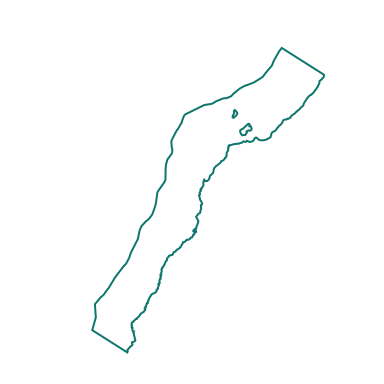 outline of Lago Niassa, Niassa, Mozambique, rotated 33°
{"feature_id": "85939544B11916103118899", "entity_name": "Lago Niassa", "entity_type": "district", "adm_level": 2, "iso_a3": "MOZ", "parent_name": "Mozambique", "parent_adm1": "Niassa", "projection": "robinson", "projection_center": [34.718, -12.529], "detail": "fine", "context": "isolated", "style": "outline", "palette": "teal", "viewbox_px": 384, "rotation_deg": 33, "n_neighbors": 0, "source": "geoboundaries", "source_scale": "gbopen_adm2", "svg_char_len": 6044}
<svg xmlns="http://www.w3.org/2000/svg" viewBox="0 0 384 384"><g transform="rotate(33 192 192)"><path d="M215.8,293.4L215.5,293.1L215.6,292.7L216.0,292.3L216.0,291.3L215.5,290.8L215.1,289.2L215.2,288.6L214.8,287.9L214.7,287.5L214.3,287.3L214.0,287.4L214.1,286.6L214.5,286.6L214.5,286.0L214.4,285.6L213.6,285.3L213.4,284.5L212.8,283.6L212.5,282.7L212.9,282.3L212.9,281.7L212.2,281.2L212.2,280.8L211.8,280.0L211.7,279.1L211.2,279.4L210.5,278.6L210.6,277.1L210.5,276.7L210.1,276.4L209.9,275.2L209.3,274.2L208.6,273.8L208.5,273.4L208.7,272.6L208.3,271.8L208.2,271.1L208.6,270.5L208.7,270.0L208.3,269.2L208.3,268.7L208.5,268.4L208.3,267.8L208.3,267.1L208.1,266.8L208.1,265.8L207.8,264.9L207.8,264.1L208.2,263.0L208.1,262.6L207.4,262.0L207.2,261.1L207.5,260.3L207.6,259.5L207.4,258.9L207.4,258.3L208.1,257.4L208.3,256.7L209.5,255.9L209.8,255.3L209.9,254.8L209.5,253.9L209.5,252.3L210.6,250.9L210.5,249.8L210.7,249.6L210.8,248.5L211.8,246.8L212.2,245.7L212.0,245.0L212.4,244.1L212.1,241.2L212.3,240.4L212.0,239.8L212.2,239.3L212.0,239.0L212.4,238.9L213.3,237.1L213.4,236.8L213.2,236.0L213.7,235.2L213.8,234.6L214.5,234.5L215.3,233.5L215.8,232.4L215.8,231.1L216.7,230.0L216.6,227.7L216.4,227.3L216.7,227.2L216.9,226.9L216.5,225.2L216.8,224.7L216.8,224.3L217.2,223.2L216.6,222.5L215.9,222.4L215.7,222.8L215.6,223.9L215.4,224.1L215.1,224.0L214.5,224.2L214.1,223.2L214.3,222.5L214.6,222.7L214.5,221.5L214.7,221.2L215.3,221.1L215.4,220.5L215.1,219.5L214.8,219.2L213.7,213.9L213.0,212.8L209.0,210.6L209.0,209.4L209.3,208.5L209.0,207.3L210.0,205.6L210.1,205.0L209.8,203.9L209.4,203.6L208.8,201.1L207.7,199.7L207.7,199.3L206.8,198.6L206.6,197.8L206.9,197.4L207.0,196.6L206.8,196.2L204.8,194.8L203.2,194.2L201.6,192.6L199.8,191.2L199.6,190.0L199.7,189.8L200.0,189.9L200.1,189.6L198.6,188.2L198.8,186.4L198.3,186.1L197.6,184.8L197.9,183.7L197.9,184.4L198.3,184.7L197.9,182.6L198.1,182.1L197.9,180.2L197.4,179.3L196.4,178.1L196.0,176.6L195.5,175.7L195.5,175.0L196.9,175.6L197.3,175.6L198.1,175.1L198.8,174.2L199.3,172.7L199.3,172.0L199.0,171.1L198.9,170.2L198.3,169.0L198.3,168.3L198.8,167.0L198.8,166.4L199.3,165.0L198.7,162.8L198.0,161.3L197.7,159.6L198.0,157.4L200.0,151.9L199.9,151.3L199.6,150.8L199.8,150.0L200.6,149.2L201.1,147.8L201.3,146.7L201.0,145.6L201.5,145.1L201.5,144.8L201.4,144.4L201.5,143.5L201.1,142.5L200.7,142.1L200.6,141.5L199.7,140.1L199.7,138.2L199.2,136.4L198.8,136.2L198.8,135.9L198.2,135.1L198.0,134.5L198.2,134.2L198.3,133.4L197.6,133.1L197.9,132.6L197.9,132.3L199.0,131.5L201.3,128.8L203.1,127.5L203.6,126.7L205.0,126.0L206.0,124.3L206.7,123.9L207.0,123.5L207.4,121.6L209.4,121.0L209.9,120.4L210.1,119.2L213.0,118.7L214.7,117.1L215.4,115.9L215.5,114.1L215.4,112.4L216.0,111.5L216.4,111.3L217.5,111.4L218.4,111.7L220.0,111.7L221.5,111.2L223.1,110.2L224.5,109.0L225.7,107.6L226.4,106.5L227.9,103.5L227.9,102.8L227.6,101.6L226.8,99.8L226.7,98.4L227.2,97.4L227.9,96.5L228.7,94.3L228.5,92.4L229.0,90.6L228.9,89.6L229.1,88.7L229.6,87.8L229.9,85.5L229.9,84.3L229.5,82.5L229.5,82.0L230.4,80.7L231.5,79.9L232.0,79.3L232.0,78.6L232.5,78.5L233.0,78.0L233.7,76.6L233.8,76.0L234.0,75.9L233.7,75.3L234.2,73.0L235.4,70.3L235.8,67.9L236.0,67.3L236.2,67.2L236.2,66.6L236.6,65.3L236.8,65.1L237.2,63.0L237.3,61.7L237.6,61.1L238.2,59.0L237.6,56.9L237.5,54.5L237.6,53.1L237.4,51.2L237.6,50.6L237.7,48.8L238.1,47.7L238.2,46.7L238.8,46.0L239.3,44.9L239.2,43.9L239.7,43.1L239.8,41.5L239.7,41.1L239.9,40.6L239.9,38.9L240.2,38.1L239.9,37.0L240.1,35.7L240.1,34.8L239.9,34.5L239.6,31.5L239.2,30.6L238.7,30.1L238.5,29.4L239.5,26.8L239.4,26.1L239.8,24.7L239.8,23.6L238.8,21.8L188.8,22.3L188.5,26.3L188.9,34.6L189.4,39.2L190.0,41.4L190.1,42.8L188.8,53.3L188.7,56.2L188.2,57.9L184.6,65.7L182.5,68.9L178.1,74.7L175.7,79.3L173.1,87.5L172.7,90.2L172.2,91.1L170.0,94.3L167.7,96.1L166.4,97.5L165.6,98.9L162.8,102.8L161.3,106.1L160.4,107.4L154.9,112.4L144.5,129.9L144.1,130.7L143.8,132.2L144.9,137.7L145.3,138.4L145.5,139.6L145.9,147.4L145.6,148.3L146.7,159.5L147.6,161.6L150.9,165.8L151.9,166.4L152.3,167.3L153.4,168.7L153.9,170.1L154.1,171.5L153.7,178.2L155.3,183.3L157.1,186.7L162.6,195.4L163.2,196.6L163.5,199.3L163.1,208.9L163.2,211.2L167.6,220.5L169.0,224.4L170.8,232.1L170.9,233.5L170.4,238.6L169.3,241.8L168.2,248.0L168.9,252.4L172.2,260.9L173.8,276.1L175.2,281.6L175.8,288.0L175.1,291.3L174.0,305.6L174.4,318.1L174.0,322.0L173.9,326.3L172.8,330.0L171.7,339.0L179.6,349.5L183.6,362.2L225.1,361.8L224.9,360.6L224.0,359.8L223.9,359.5L224.3,356.5L225.0,353.6L225.2,353.4L225.2,352.4L223.9,351.4L223.6,350.7L225.2,348.6L225.4,347.4L223.7,345.9L223.1,345.1L221.6,344.0L220.7,342.7L220.0,342.4L219.8,341.7L219.3,341.7L219.0,341.3L219.0,340.7L218.5,341.0L217.8,340.7L217.7,340.5L217.2,340.2L216.2,339.1L216.4,338.7L216.2,338.4L215.6,338.5L215.2,337.9L214.9,338.0L214.4,336.8L213.9,336.7L213.6,335.9L213.2,335.6L212.9,334.4L212.7,334.2L213.3,333.1L213.3,332.8L213.6,332.6L213.4,331.9L214.1,329.2L214.3,329.1L214.4,328.6L214.9,328.2L214.6,327.4L215.4,325.2L215.2,322.6L215.5,321.5L215.9,320.9L216.2,319.9L216.8,318.8L216.8,317.9L216.7,317.5L217.0,316.4L216.9,316.1L215.7,315.5L215.5,315.1L215.6,314.6L216.1,314.2L216.2,313.9L216.0,313.5L215.3,313.0L215.4,312.8L215.3,311.2L214.8,310.6L215.0,310.0L214.8,309.6L215.1,309.4L214.8,309.2L215.0,308.0L214.9,307.6L214.4,307.3L214.4,305.8L214.0,305.1L214.1,304.4L213.9,303.2L214.0,302.7L213.8,300.3L214.6,298.5L215.2,297.7L215.6,296.9L216.0,296.6L216.3,295.3L216.3,294.6L215.8,293.8L215.8,293.4ZM207.9,107.8L207.2,109.1L207.0,109.3L205.8,109.5L205.0,110.8L204.8,111.4L204.8,111.8L205.0,112.1L205.6,112.3L205.7,112.8L205.6,114.9L205.5,115.3L204.0,116.2L203.3,117.1L202.5,117.0L200.9,116.3L199.3,114.9L198.9,114.1L199.0,113.3L200.3,111.1L201.9,104.6L202.4,103.9L203.1,103.8L203.6,104.1L204.1,105.6L204.4,105.7L205.2,104.9L205.6,104.9L207.5,106.3L207.9,107.3L207.9,107.8ZM187.3,104.5L186.8,105.5L186.6,106.9L186.3,107.3L185.9,107.3L185.2,107.1L184.7,105.6L184.4,103.0L183.2,101.6L183.0,100.9L183.2,100.0L184.1,99.9L185.0,100.4L186.6,100.8L187.2,101.4L187.4,102.7L187.3,104.5Z" fill="none" stroke="#0f766e" stroke-width="2"/></g></svg>